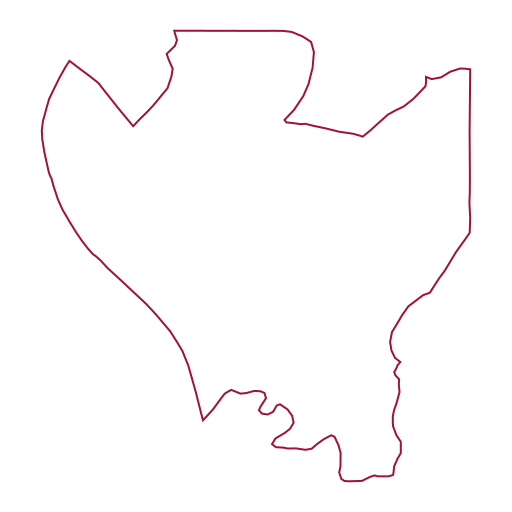 Kracheh, Krâchéh, Cambodia
{"feature_id": "14789045B39299844966320", "entity_name": "Kracheh", "entity_type": "district", "adm_level": 2, "iso_a3": "KHM", "parent_name": "Cambodia", "parent_adm1": "Krâchéh", "projection": "mercator", "projection_center": [106.043, 12.483], "detail": "fine", "context": "isolated", "style": "outline", "palette": "rose", "viewbox_px": 512, "rotation_deg": 0, "n_neighbors": 0, "source": "geoboundaries", "source_scale": "gbopen_adm2", "svg_char_len": 2315}
<svg xmlns="http://www.w3.org/2000/svg" viewBox="0 0 512 512"><path d="M203.0,420.3L213.0,409.4L220.3,399.4L224.6,393.8L228.0,391.6L231.3,389.9L240.4,393.6L246.1,393.1L254.4,390.9L260.5,391.3L264.5,393.0L266.0,398.2L260.3,407.0L259.0,410.3L261.9,413.6L267.7,414.5L273.1,411.8L276.7,405.5L280.0,404.3L287.5,409.4L292.2,415.9L293.6,422.7L290.0,428.8L284.8,432.9L275.4,438.5L272.0,444.2L276.0,447.2L283.3,447.6L287.5,448.5L296.0,448.4L305.4,449.8L311.7,448.7L316.7,444.3L323.8,439.2L331.1,435.3L334.5,436.7L338.6,445.5L340.6,453.0L340.5,466.0L339.2,472.5L341.3,478.9L344.5,481.0L348.9,481.3L362.0,480.9L369.8,477.0L374.6,475.4L377.3,476.3L388.7,476.3L393.0,475.0L393.5,472.6L394.2,466.2L397.8,458.2L400.8,453.1L400.8,447.4L400.8,441.8L396.4,435.2L393.1,426.4L392.8,423.0L392.8,416.4L394.0,410.3L396.5,403.3L399.5,392.2L398.8,384.0L399.1,379.3L395.4,375.3L394.2,372.1L396.4,368.2L397.6,365.2L400.3,362.0L395.0,357.9L391.5,350.6L390.1,342.0L392.0,332.0L394.9,327.3L397.1,323.7L402.1,315.2L408.4,306.3L423.0,295.2L429.9,292.7L433.1,287.6L439.3,278.0L444.5,271.1L456.1,251.9L465.8,238.4L469.7,232.7L470.2,217.4L469.4,203.0L469.8,192.3L469.9,177.7L469.6,132.3L470.2,69.3L467.8,69.0L465.1,68.7L460.0,68.5L450.1,71.8L441.2,77.3L431.8,79.1L426.0,76.9L426.1,81.6L425.5,86.2L419.4,92.6L413.3,98.9L403.7,106.5L395.7,110.3L388.1,114.5L380.8,120.9L369.8,130.9L362.6,136.7L360.6,135.9L353.4,133.8L339.0,131.7L325.8,128.4L312.9,125.7L305.4,123.8L300.7,124.2L293.3,123.1L286.4,122.4L284.5,120.0L287.2,117.1L294.1,109.8L303.2,96.2L308.5,84.1L312.6,67.7L313.9,52.1L311.1,42.0L302.7,36.5L291.6,31.9L283.1,30.9L272.6,30.8L266.1,30.9L174.3,30.7L175.0,33.6L177.0,40.1L175.0,45.8L171.7,49.0L166.7,53.9L168.6,59.5L172.7,68.8L171.4,76.5L167.5,88.2L161.7,95.2L153.4,105.3L146.9,112.2L139.5,119.4L133.2,126.2L118.2,108.2L100.6,85.9L98.5,83.1L89.8,76.2L79.4,68.5L69.5,60.9L65.9,66.3L59.8,77.1L54.0,88.8L49.1,99.0L46.3,108.8L42.9,121.3L41.8,130.8L42.3,139.5L44.5,152.9L46.0,159.6L48.4,170.6L49.9,175.5L51.3,178.0L53.6,186.3L57.9,199.4L62.6,209.8L69.6,221.8L76.3,232.6L81.7,240.5L87.6,248.2L92.5,253.8L95.8,256.2L100.5,260.4L107.7,268.2L118.3,277.9L134.9,293.4L146.2,304.0L155.7,314.2L170.2,331.3L173.0,335.7L177.6,343.0L182.3,350.8L188.3,365.6L191.9,378.3L196.0,392.9L200.7,411.6L203.0,420.3Z" fill="none" stroke="#9f1239" stroke-width="2"/></svg>